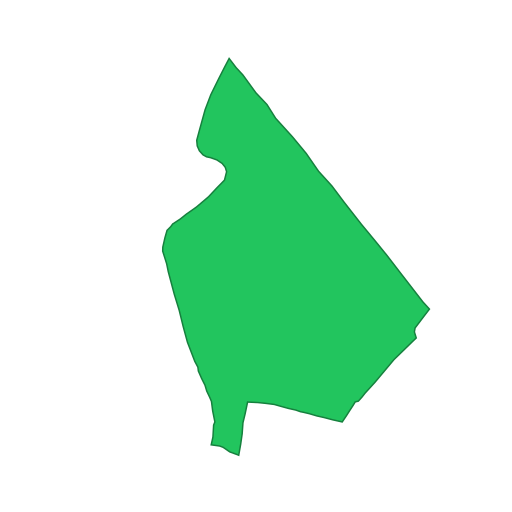 the district of Abu Al-Khaseeb, Al-Basrah, Iraq, rotated 242°
{"feature_id": "34846034B47596068894282", "entity_name": "Abu Al-Khaseeb", "entity_type": "district", "adm_level": 2, "iso_a3": "IRQ", "parent_name": "Iraq", "parent_adm1": "Al-Basrah", "projection": "robinson", "projection_center": [48.016, 30.336], "detail": "fine", "context": "isolated", "style": "filled", "palette": "green", "viewbox_px": 512, "rotation_deg": 242, "n_neighbors": 0, "source": "geoboundaries", "source_scale": "gbopen_adm2", "svg_char_len": 1409}
<svg xmlns="http://www.w3.org/2000/svg" viewBox="0 0 512 512"><g transform="rotate(242 256 256)"><path d="M304.1,175.9L291.2,173.5L283.4,171.2L260.6,165.9L244.1,162.7L229.5,159.0L227.9,158.6L212.1,155.0L191.7,152.5L185.1,152.5L181.5,151.1L173.6,150.5L165.8,150.3L159.9,149.1L153.3,148.8L148.5,148.4L139.5,145.0L128.8,141.8L126.6,139.2L116.4,133.0L110.3,127.8L105.3,134.7L102.6,137.1L95.3,140.9L89.3,146.3L88.2,147.2L97.0,154.1L105.5,160.3L114.9,166.2L122.0,172.5L131.0,180.0L125.7,188.9L121.4,195.3L116.4,202.4L111.2,207.8L106.0,213.3L101.4,218.7L97.6,222.2L96.0,224.2L91.7,229.1L86.2,234.7L81.3,240.4L75.2,247.0L70.4,252.6L69.0,254.2L72.5,260.8L75.5,266.1L78.3,271.2L79.4,273.1L80.6,275.1L79.8,278.2L81.7,283.4L83.7,287.9L88.7,301.9L99.8,329.3L106.8,353.4L108.4,359.0L114.6,360.2L117.8,362.7L123.5,375.0L127.7,384.2L137.1,381.8L173.1,375.6L195.0,371.9L213.8,368.2L234.7,363.9L262.4,359.0L282.2,355.9L301.5,351.0L322.9,348.5L343.8,344.2L368.3,338.0L384.5,336.8L400.2,332.5L422.1,329.4L431.5,326.9L438.8,325.7L443.0,325.0L437.4,316.8L430.2,306.5L419.6,291.8L409.1,279.8L393.6,265.1L386.0,258.0L380.8,255.8L375.5,255.4L370.2,256.7L366.8,258.9L364.2,262.0L359.3,266.5L353.6,269.6L348.7,270.5L344.2,269.6L337.8,263.8L334.4,253.1L330.6,242.0L327.2,226.4L325.7,214.4L324.2,206.4L323.4,197.5L321.9,194.4L320.4,189.5L314.8,184.1L307.6,177.9L304.1,175.9Z" fill="#22c55e" stroke="#15803d" stroke-width="1.5"/></g></svg>